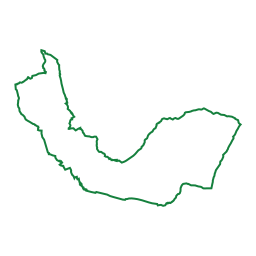 outline of Tomesti, Harghita, Romania
{"feature_id": "2599482B27343376756903", "entity_name": "Tomesti", "entity_type": "district", "adm_level": 2, "iso_a3": "ROU", "parent_name": "Romania", "parent_adm1": "Harghita", "projection": "natural_earth1", "projection_center": [25.786, 46.588], "detail": "fine", "context": "isolated", "style": "outline", "palette": "green", "viewbox_px": 256, "rotation_deg": 0, "n_neighbors": 0, "source": "geoboundaries", "source_scale": "gbopen_adm2", "svg_char_len": 5730}
<svg xmlns="http://www.w3.org/2000/svg" viewBox="0 0 256 256"><path d="M240.6,124.5L239.1,123.4L238.6,122.6L238.1,120.2L235.3,118.9L235.1,118.3L231.9,116.7L228.5,116.2L227.1,116.4L224.3,115.0L221.0,114.7L217.9,112.9L216.3,112.7L213.6,113.9L212.8,113.5L210.9,111.8L208.8,111.0L204.3,108.5L203.8,108.4L203.1,108.7L202.0,109.4L201.0,109.6L199.8,109.3L198.6,109.3L195.3,110.3L193.9,110.4L192.0,110.9L191.3,111.3L189.3,111.9L185.7,112.3L184.9,112.8L184.4,114.4L183.1,115.7L179.0,118.5L178.0,118.9L176.9,118.7L175.5,118.0L174.2,118.4L172.8,119.5L170.4,118.4L170.0,118.0L169.0,118.3L167.4,119.2L166.6,119.1L166.3,118.9L165.3,118.8L164.3,118.4L163.4,118.5L162.0,119.2L161.1,121.1L159.4,122.3L159.3,122.7L158.7,122.7L158.1,123.3L157.5,123.4L156.7,124.1L156.5,124.6L156.6,125.5L156.4,125.7L156.4,126.0L155.8,127.3L155.8,127.6L155.4,128.3L155.0,128.4L154.1,129.0L153.4,129.8L152.6,131.4L152.1,131.6L151.8,132.1L151.2,132.3L149.7,133.5L149.6,133.8L149.2,134.0L148.1,135.4L147.1,138.3L145.7,139.3L145.4,139.4L144.7,140.3L144.7,142.3L144.2,143.3L144.1,143.8L143.7,144.1L143.6,144.8L142.9,145.7L141.6,146.8L141.6,147.6L141.0,148.6L138.3,150.4L135.3,153.9L133.4,155.7L126.3,160.6L124.5,161.6L121.8,162.6L119.1,160.6L118.5,160.8L117.6,160.4L117.0,161.1L115.5,160.7L115.0,160.5L115.0,160.1L115.4,160.1L115.6,159.9L113.6,160.0L112.8,160.2L112.0,160.1L111.7,160.1L111.8,159.6L110.2,159.0L109.9,158.5L109.5,158.9L109.2,159.0L108.6,157.9L107.5,156.8L106.1,156.8L104.8,156.1L105.0,155.4L104.9,154.7L104.6,154.0L104.1,153.6L103.3,153.5L102.6,152.8L101.9,152.5L101.5,152.1L101.2,151.9L100.8,151.8L99.9,152.0L98.9,151.7L97.1,149.1L97.0,148.7L97.2,147.7L96.8,146.7L96.9,146.3L96.6,145.0L96.9,144.4L96.7,141.3L96.8,140.8L97.5,139.2L96.1,136.7L94.9,136.6L94.0,136.7L93.3,137.1L91.3,137.1L89.0,136.3L88.4,136.4L85.7,136.0L84.8,135.6L84.6,134.9L83.9,133.7L83.8,133.3L83.0,132.7L82.8,132.2L82.6,130.8L80.7,128.6L80.1,129.0L80.0,128.9L80.2,128.4L80.2,127.9L78.4,128.7L75.7,130.4L74.6,129.5L73.5,128.3L71.1,128.4L69.7,128.6L69.6,128.9L68.7,128.9L68.7,128.2L69.5,127.6L70.4,125.7L70.4,125.1L69.4,123.4L70.0,122.3L70.1,121.3L70.4,120.3L70.8,119.7L72.1,119.4L71.7,118.2L72.3,118.0L74.2,116.8L73.8,116.4L72.6,114.5L72.0,113.9L72.2,113.7L71.2,112.9L71.5,112.5L70.5,111.7L70.1,110.9L69.3,110.2L67.7,108.9L68.0,107.4L67.8,106.1L66.9,104.5L65.7,103.5L66.6,102.9L67.0,103.1L67.3,102.9L67.2,102.2L66.7,101.1L66.8,99.5L66.5,99.1L66.1,99.1L65.9,98.6L66.3,98.4L65.8,97.9L65.7,97.3L65.4,96.9L64.9,95.1L63.7,92.6L62.9,89.0L61.5,83.6L61.1,80.8L60.4,77.7L60.0,76.8L59.7,75.4L60.2,74.7L60.1,73.9L59.7,73.7L59.8,71.2L59.3,69.8L59.1,66.3L59.2,65.1L58.3,64.2L58.1,63.6L57.3,62.3L57.1,61.0L57.3,60.0L50.5,54.9L47.5,54.2L47.1,53.6L45.4,53.6L44.7,51.2L41.4,50.2L41.3,51.4L41.6,52.4L43.3,54.6L43.7,56.8L44.1,57.5L44.4,58.7L45.2,59.9L45.3,61.0L45.1,61.9L43.4,64.3L42.9,65.5L42.8,66.5L43.1,66.9L43.2,68.0L44.1,68.5L44.5,69.5L44.3,70.1L44.7,70.7L44.7,71.1L45.9,72.0L45.5,73.2L43.7,72.9L39.4,73.5L38.7,73.6L36.0,75.1L32.4,75.9L31.8,78.1L30.3,78.7L30.1,78.4L29.3,78.1L28.5,77.4L28.1,77.9L27.8,77.6L26.9,79.3L26.3,79.5L26.1,79.8L25.3,80.3L23.4,81.8L22.9,81.9L22.6,82.3L21.6,82.7L19.8,82.4L19.5,82.6L19.0,83.3L17.6,83.7L17.6,84.0L16.9,84.4L16.4,84.2L15.4,84.5L15.8,89.3L16.8,90.2L17.9,94.6L18.1,95.9L18.5,96.8L18.9,97.9L18.9,98.6L18.3,100.2L18.3,100.6L18.1,100.9L18.2,101.7L17.8,104.8L18.4,107.2L19.3,108.4L19.5,110.9L19.9,111.7L21.2,113.7L21.3,114.1L22.7,114.9L24.5,116.7L24.8,117.8L25.3,118.4L25.5,119.2L26.0,119.7L28.6,121.3L29.1,121.5L32.5,123.6L32.7,123.8L34.2,124.2L35.0,124.7L35.2,125.2L36.4,125.6L37.5,126.5L38.2,126.6L38.2,127.1L38.5,127.5L38.0,128.8L38.1,129.6L38.0,130.0L39.3,130.5L41.6,130.6L41.5,133.7L41.9,135.1L42.3,137.1L44.1,139.7L47.9,152.5L49.0,153.1L48.9,154.2L50.2,154.3L52.7,155.4L55.3,156.0L55.4,157.7L57.0,160.1L59.3,161.3L59.6,161.0L59.9,161.3L60.1,161.0L60.9,161.9L61.3,161.5L62.1,162.6L59.7,164.7L60.6,165.4L61.6,165.6L62.2,165.9L62.9,165.7L63.3,165.9L63.8,167.3L65.2,169.7L69.9,167.9L70.9,169.7L71.2,170.9L71.0,171.5L71.2,172.6L72.3,175.0L72.7,175.2L73.6,176.3L74.4,178.3L75.0,177.3L76.8,176.8L77.0,178.3L77.5,179.3L78.8,178.7L79.3,181.4L79.7,182.8L80.2,182.5L81.4,183.9L80.8,184.2L81.0,184.4L80.2,184.9L80.4,185.1L81.0,184.8L82.1,186.1L81.9,186.2L82.9,187.3L82.1,187.7L83.6,187.7L83.7,188.1L83.2,188.1L83.3,188.3L83.5,188.3L83.6,188.8L83.4,188.8L83.7,189.4L85.0,189.6L85.0,189.2L85.3,189.2L85.2,189.7L86.2,189.7L86.1,190.4L86.9,190.5L86.8,190.8L91.3,192.0L95.1,192.8L95.2,192.6L95.7,192.7L96.3,192.0L107.2,194.6L110.0,196.0L113.3,197.0L123.2,199.7L124.0,199.6L124.5,199.8L125.2,199.8L125.7,199.1L127.3,199.0L128.9,198.5L131.7,198.4L134.6,198.7L137.7,199.2L142.1,200.3L148.8,202.4L152.2,203.3L157.2,204.0L157.8,205.4L159.8,205.0L161.0,204.9L163.1,205.8L165.2,205.3L165.6,204.8L166.5,203.2L167.1,203.1L167.7,203.5L167.9,203.4L168.0,203.0L167.9,202.8L168.0,202.7L168.3,202.8L168.3,203.1L169.2,203.0L169.5,202.7L170.5,203.0L171.8,201.9L172.1,201.9L172.5,201.4L173.0,201.2L173.3,200.7L173.7,200.5L174.7,198.8L175.7,197.9L176.0,197.3L176.3,195.8L177.9,194.1L179.0,193.9L179.8,193.2L180.5,191.1L180.6,188.1L181.7,185.5L182.4,184.6L183.2,183.9L186.4,183.4L188.0,184.0L188.4,183.9L191.0,185.3L195.1,185.4L198.2,186.4L200.8,186.8L201.8,187.3L203.0,188.2L203.6,188.4L211.4,188.3L212.3,184.0L212.8,181.9L212.8,180.6L213.5,178.0L213.6,177.4L214.4,175.9L214.8,173.3L215.1,172.9L215.9,170.2L219.1,165.6L219.4,165.1L220.0,164.4L220.2,163.6L220.2,162.3L220.4,161.4L221.2,160.8L222.1,159.5L223.2,157.0L223.3,156.0L223.1,154.9L226.7,151.4L226.9,150.6L227.8,149.3L228.2,147.9L229.4,145.6L230.7,143.5L232.4,140.2L233.5,138.5L233.5,137.4L233.1,136.7L234.5,135.2L235.2,134.1L236.5,130.9L237.8,128.9L238.9,126.7L239.8,125.4L240.6,124.5Z" fill="none" stroke="#15803d" stroke-width="2"/></svg>